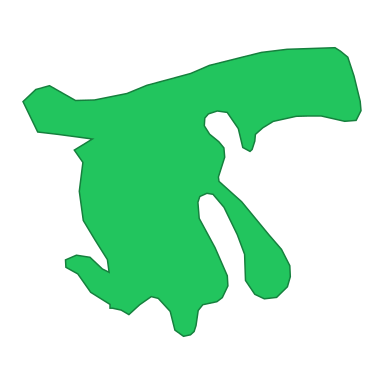 Yangiabad, Sirdaryo, Uzbekistan
{"feature_id": "79887680B4215620522937", "entity_name": "Yangiabad", "entity_type": "district", "adm_level": 2, "iso_a3": "UZB", "parent_name": "Uzbekistan", "parent_adm1": "Sirdaryo", "projection": "natural_earth1", "projection_center": [68.78, 39.988], "detail": "fine", "context": "isolated", "style": "filled", "palette": "green", "viewbox_px": 384, "rotation_deg": 0, "n_neighbors": 0, "source": "geoboundaries", "source_scale": "gbopen_adm2", "svg_char_len": 1300}
<svg xmlns="http://www.w3.org/2000/svg" viewBox="0 0 384 384"><path d="M110.0,308.2L112.5,308.2L121.2,310.1L128.9,314.6L139.7,304.7L151.3,296.6L152.8,297.0L158.3,298.4L170.2,311.4L174.9,330.1L183.5,336.3L190.5,334.8L194.1,331.5L196.0,325.6L198.2,310.5L202.8,304.7L216.9,301.7L222.3,297.6L227.9,285.9L227.3,275.8L215.0,247.6L199.2,218.4L197.9,202.3L199.8,196.5L206.9,193.3L213.0,194.3L224.0,207.3L237.3,234.7L244.6,254.3L245.5,280.5L254.8,294.3L264.3,298.8L276.6,297.4L287.4,286.8L290.3,276.7L289.8,265.7L281.5,249.4L268.8,234.7L241.7,201.8L219.0,181.4L218.4,177.0L224.7,157.2L223.9,147.9L218.8,141.7L209.6,134.2L204.3,125.8L204.8,118.1L208.4,113.9L217.3,111.0L227.2,112.4L238.3,128.6L242.8,147.5L250.0,151.4L252.1,149.5L254.8,141.1L255.4,134.4L262.8,127.8L273.2,121.4L296.2,116.3L307.6,116.0L321.3,116.0L344.7,121.3L356.1,120.4L361.0,110.7L360.2,101.4L354.0,76.0L347.8,57.2L340.5,51.2L335.0,47.7L287.0,49.3L261.5,52.4L243.7,56.8L209.4,65.4L190.6,73.5L146.9,85.3L127.0,93.5L94.4,100.0L75.5,100.5L49.5,85.7L35.8,89.5L23.0,101.6L37.7,132.0L58.2,134.4L92.4,139.0L74.3,150.1L82.9,162.4L79.3,191.3L83.3,220.5L95.3,240.4L107.4,259.6L109.1,272.3L102.4,269.0L90.0,257.3L76.4,255.2L65.5,259.9L65.9,267.3L77.8,273.9L90.7,292.3L110.0,304.4L110.0,308.2Z" fill="#22c55e" stroke="#15803d" stroke-width="1.5"/></svg>